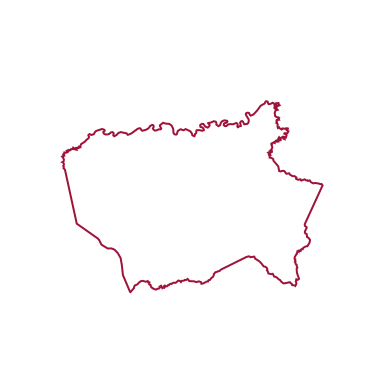 Albania, Caquetá, Colombia (orthographic projection), rotated 294°
{"feature_id": "7082276B96859535254868", "entity_name": "Albania", "entity_type": "district", "adm_level": 2, "iso_a3": "COL", "parent_name": "Colombia", "parent_adm1": "Caquetá", "projection": "orthographic", "projection_center": [-75.842, 1.231], "detail": "fine", "context": "isolated", "style": "outline", "palette": "rose", "viewbox_px": 384, "rotation_deg": 294, "n_neighbors": 0, "source": "geoboundaries", "source_scale": "gbopen_adm2", "svg_char_len": 6048}
<svg xmlns="http://www.w3.org/2000/svg" viewBox="0 0 384 384"><g transform="rotate(294 192 192)"><path d="M307.3,232.8L306.0,233.8L305.1,233.2L304.9,232.1L306.1,231.1L306.4,229.5L304.4,227.8L303.4,226.5L303.7,225.7L305.2,224.5L305.3,223.5L305.0,222.7L304.4,222.4L302.4,222.4L299.4,220.1L298.2,219.5L293.0,218.4L287.8,216.6L285.7,214.7L285.9,213.8L287.4,211.8L287.1,210.6L286.3,209.6L285.3,209.4L284.4,209.9L281.4,214.2L279.7,215.1L277.9,215.3L276.6,214.7L275.1,212.1L277.0,210.0L277.2,209.0L276.7,208.2L274.9,207.7L272.3,209.8L271.1,208.4L269.8,207.6L270.1,206.9L272.5,206.1L273.0,205.3L273.0,204.3L270.5,201.9L269.7,199.5L268.9,198.2L267.9,197.3L266.3,196.6L265.6,195.4L265.9,193.9L267.4,193.4L268.1,193.7L269.6,195.6L270.8,195.7L271.3,195.1L270.6,192.3L268.6,190.6L266.7,190.2L264.5,190.5L262.9,189.4L263.5,186.8L265.0,186.2L265.9,185.1L265.5,183.1L263.2,181.1L261.6,178.7L261.3,178.8L260.7,180.5L260.1,181.0L259.1,181.0L257.2,180.2L257.2,177.4L258.8,174.7L258.4,173.6L257.0,172.4L256.2,172.3L254.9,173.3L255.2,174.9L254.8,176.5L253.4,177.7L252.1,176.5L251.5,173.5L250.3,171.1L249.6,171.1L247.7,171.8L245.9,171.2L244.3,171.6L243.8,171.4L244.0,169.2L245.4,168.1L246.8,165.8L246.9,160.6L245.2,159.4L244.8,158.5L244.8,156.3L244.4,155.8L242.0,154.2L238.5,154.6L237.9,154.0L237.6,152.6L238.4,151.1L242.1,149.1L244.4,146.3L245.0,143.5L243.8,140.2L243.5,137.5L240.0,135.6L239.2,135.8L237.7,138.0L236.8,138.0L236.3,137.6L235.7,136.1L233.8,134.5L233.0,133.0L233.3,131.6L234.1,130.4L235.9,130.5L237.0,129.9L237.3,129.1L237.0,128.2L235.0,126.8L233.5,126.7L231.9,126.0L230.1,124.6L227.7,121.7L228.0,120.5L229.1,119.0L229.0,118.2L227.7,116.7L220.9,112.8L218.9,111.0L218.1,110.0L219.0,108.4L217.7,102.5L215.9,100.7L213.4,99.9L211.3,98.3L211.7,97.1L213.9,96.5L214.4,95.1L213.5,93.7L211.4,92.8L210.2,91.4L209.4,89.6L209.4,88.2L209.9,87.1L210.6,86.6L212.1,87.3L212.9,87.1L213.2,85.9L212.9,84.1L208.8,79.6L207.5,79.0L204.9,78.8L203.2,77.0L203.3,75.0L202.4,74.3L201.7,74.2L200.3,75.6L198.9,75.6L197.0,74.5L194.3,73.6L190.8,71.3L189.1,71.2L187.5,71.9L187.1,71.2L187.4,70.2L187.0,70.0L185.9,70.4L185.4,69.0L184.7,68.9L183.7,69.5L183.3,67.5L184.3,67.8L184.7,67.6L183.6,66.5L184.1,65.4L182.6,65.3L182.0,64.1L180.9,64.0L180.5,63.6L180.5,62.6L179.6,62.6L179.4,61.3L179.0,61.3L179.2,62.1L178.6,62.4L178.2,62.3L178.1,61.0L177.2,61.6L176.2,60.2L176.2,59.3L175.3,59.4L174.2,59.1L174.1,59.9L173.4,60.5L173.1,60.0L171.8,60.2L172.0,59.2L171.6,58.9L171.2,59.9L169.4,61.9L167.5,62.2L166.5,61.4L166.4,62.6L165.2,63.8L163.4,63.8L162.9,64.7L161.4,65.0L160.8,66.8L116.2,99.6L111.2,124.9L110.4,126.7L107.1,130.6L106.1,137.9L107.7,141.4L107.8,144.7L106.1,148.9L102.6,153.7L96.4,157.8L88.0,162.7L75.6,176.0L75.5,176.5L80.8,178.1L81.6,177.7L83.4,177.8L85.4,179.7L88.0,180.5L90.0,181.8L90.7,183.0L91.3,186.4L92.6,187.8L92.3,188.7L91.7,188.8L92.0,189.9L90.4,190.3L90.1,191.1L90.3,191.9L88.8,193.0L88.2,194.1L88.4,194.9L87.9,195.7L88.1,198.7L89.6,199.8L90.5,201.2L91.8,201.5L92.4,200.9L93.8,201.9L92.1,204.0L93.0,204.4L93.1,205.6L93.8,205.7L94.8,204.8L95.5,205.3L95.0,206.4L95.8,207.6L97.2,208.0L97.4,208.7L98.2,208.8L99.4,209.7L99.6,210.6L101.5,211.8L102.4,214.0L105.6,215.6L105.8,217.2L105.2,218.5L106.6,218.7L107.8,220.8L108.7,221.1L109.1,222.3L110.8,223.4L109.5,225.8L111.3,230.4L111.4,232.5L113.2,234.7L113.3,237.0L112.0,237.9L113.0,239.4L115.6,241.4L116.7,242.5L116.8,243.0L118.2,243.0L118.9,244.1L121.1,244.6L123.2,245.7L124.6,245.8L125.9,245.3L128.3,246.1L129.5,247.6L130.3,248.1L130.8,249.1L133.0,250.1L154.5,267.9L156.2,269.8L156.5,271.0L156.2,271.9L158.3,275.2L156.8,276.8L156.1,281.7L154.9,284.6L153.2,287.6L153.5,289.5L153.2,291.0L152.1,292.3L150.9,292.3L150.3,293.6L148.7,294.8L149.1,297.7L150.1,299.0L148.1,301.6L148.5,302.6L148.4,304.3L147.5,306.7L147.4,308.2L146.4,310.0L145.7,312.5L146.4,314.0L149.4,318.0L148.9,318.9L148.8,320.3L147.7,321.3L148.4,323.8L148.2,324.6L150.5,324.7L151.8,324.0L152.3,323.3L154.7,322.8L154.7,324.3L156.2,325.1L160.9,320.7L164.5,318.8L165.8,319.0L167.0,317.7L168.0,317.3L168.4,316.0L169.9,314.9L170.0,314.5L170.9,314.7L171.8,313.6L172.5,313.7L172.6,313.0L174.0,312.3L177.8,312.7L178.2,313.0L178.8,312.6L180.2,312.9L180.7,312.4L181.2,313.0L181.0,313.7L181.8,313.4L182.2,315.0L182.7,314.7L182.9,315.2L183.9,315.1L184.5,315.5L184.8,316.4L185.5,316.1L187.6,317.2L188.9,318.5L189.4,319.5L193.7,320.0L196.3,319.3L197.6,316.9L197.6,315.5L200.2,313.9L200.3,312.3L200.9,311.6L201.9,311.2L206.1,311.3L206.6,310.7L207.0,308.9L208.4,308.1L251.2,308.6L252.0,307.1L251.4,306.1L251.3,304.4L250.4,301.0L249.2,299.2L249.4,296.5L250.5,294.8L249.3,293.5L249.6,292.7L249.0,291.3L249.4,289.8L246.9,287.2L247.0,286.5L247.7,286.0L247.3,285.0L246.3,284.0L246.3,281.8L246.6,281.5L247.7,281.5L248.2,279.4L247.4,277.3L247.7,274.4L248.6,273.2L247.1,270.9L247.4,269.8L247.9,269.4L248.7,267.6L248.3,266.3L246.7,264.3L246.6,263.1L250.5,260.4L253.8,253.6L255.2,252.8L255.4,250.3L255.0,248.9L256.3,248.4L257.0,247.4L257.7,248.4L258.9,245.8L259.4,246.6L260.1,246.4L260.0,247.3L261.2,246.7L261.9,246.8L261.9,247.3L260.8,248.4L261.1,248.7L262.0,248.3L263.1,247.2L264.7,247.4L266.1,246.8L266.6,246.0L267.6,245.9L267.8,245.1L268.5,244.8L270.3,246.2L270.4,247.6L271.3,247.1L272.0,247.7L272.8,247.6L273.4,248.1L273.6,248.8L272.6,249.4L273.3,250.5L275.5,249.1L277.5,249.3L277.1,250.3L275.7,250.6L275.2,251.6L275.5,251.9L277.3,251.1L279.6,252.6L279.6,252.9L278.5,253.0L277.8,254.2L277.9,255.1L279.4,253.8L280.0,254.4L280.0,255.6L282.4,255.3L282.8,254.6L282.7,252.7L283.1,252.5L283.6,252.9L283.7,253.9L284.5,255.2L286.7,255.4L286.9,253.5L287.6,252.5L288.0,252.5L288.9,253.9L289.1,253.7L288.6,252.2L287.5,251.0L286.9,248.8L286.5,248.5L285.9,248.8L285.5,248.4L285.9,246.0L286.5,245.2L285.4,244.5L286.5,243.5L288.5,242.9L289.2,242.0L289.4,241.0L290.5,241.2L291.0,240.3L292.2,240.1L293.4,242.1L294.0,241.2L295.1,241.5L295.3,240.9L294.8,239.2L295.2,237.1L297.8,235.4L299.9,235.2L300.9,235.5L301.9,236.8L302.4,235.8L301.9,233.9L302.4,232.9L304.2,232.8L304.2,233.3L302.8,234.7L304.5,234.7L306.9,236.7L307.3,235.6L308.5,234.8L307.3,232.8Z" fill="none" stroke="#9f1239" stroke-width="2"/></g></svg>